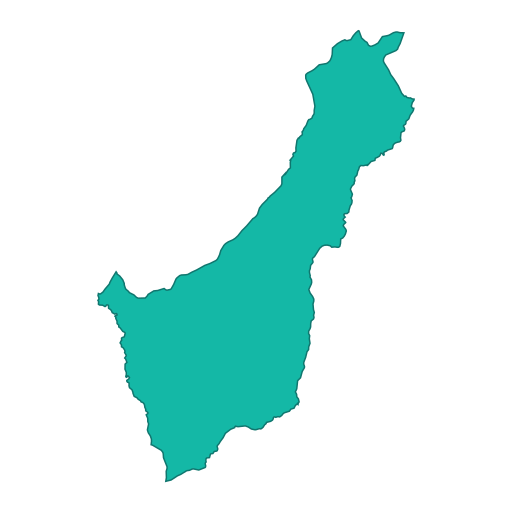 the district of Bochalema, Norte de Santander, Colombia
{"feature_id": "7082276B10229211871917", "entity_name": "Bochalema", "entity_type": "district", "adm_level": 2, "iso_a3": "COL", "parent_name": "Colombia", "parent_adm1": "Norte de Santander", "projection": "mercator", "projection_center": [-72.657, 7.644], "detail": "fine", "context": "isolated", "style": "filled", "palette": "teal", "viewbox_px": 512, "rotation_deg": 0, "n_neighbors": 0, "source": "geoboundaries", "source_scale": "gbopen_adm2", "svg_char_len": 6059}
<svg xmlns="http://www.w3.org/2000/svg" viewBox="0 0 512 512"><path d="M98.4,293.5L98.0,295.5L98.8,297.7L98.9,299.2L97.9,300.3L98.6,301.7L98.4,304.2L99.4,305.0L102.7,305.2L104.8,306.5L105.6,306.4L106.4,305.1L107.0,304.8L108.4,305.3L108.6,308.3L110.6,309.6L111.5,310.8L112.2,312.6L114.8,314.1L116.2,313.5L117.0,314.1L117.0,315.1L115.1,315.9L114.9,316.2L115.9,317.3L115.8,318.5L117.0,321.0L117.1,323.6L118.7,325.1L118.8,327.0L120.0,327.7L122.8,331.4L124.6,332.3L125.2,333.1L124.3,336.8L122.1,337.6L121.5,338.2L121.6,340.5L121.2,340.7L120.1,342.9L121.4,344.7L121.5,346.8L123.1,347.7L124.6,350.0L125.0,351.3L124.6,352.6L126.2,355.2L126.0,356.2L124.7,358.0L125.7,359.1L126.9,362.4L125.1,364.1L125.0,369.2L126.3,372.3L126.3,374.5L125.8,376.4L125.9,376.9L126.6,377.3L127.0,377.0L127.5,375.9L128.0,375.9L129.5,377.6L128.7,379.0L126.8,380.4L126.8,381.1L127.4,382.1L128.8,382.7L129.1,383.6L129.0,385.8L129.5,387.7L132.0,389.8L132.9,392.3L133.0,393.3L134.2,396.4L136.9,397.7L138.2,399.3L140.5,400.7L141.1,401.9L142.8,402.5L143.9,403.6L144.5,405.0L144.9,407.5L145.8,409.2L145.6,409.9L145.9,411.0L147.5,412.1L147.9,412.7L147.8,413.6L146.2,414.8L147.7,418.2L147.8,421.6L148.6,423.9L147.4,429.9L148.3,432.8L150.3,435.8L151.4,439.0L151.5,441.3L151.1,444.7L152.6,445.2L161.3,450.3L162.8,452.3L163.2,453.6L163.5,457.7L167.1,466.8L167.0,468.6L166.2,471.3L166.4,477.7L165.8,481.3L171.1,480.0L177.5,475.8L180.7,474.4L186.7,470.7L189.5,470.3L192.1,469.1L193.4,468.9L198.8,470.0L205.1,467.5L205.5,467.0L205.7,465.9L205.2,463.7L205.4,462.8L206.1,462.0L205.8,460.0L206.2,458.4L207.0,457.9L209.5,457.6L210.4,454.2L211.0,453.8L212.9,453.5L214.3,451.4L216.2,451.2L217.2,450.7L217.8,449.0L217.1,446.3L217.3,445.7L219.0,443.7L220.3,441.5L223.1,437.7L225.4,433.3L230.6,429.3L234.7,427.6L234.9,426.7L235.4,426.2L238.0,426.7L245.3,425.9L248.3,427.0L251.3,429.0L254.6,429.7L255.9,429.7L259.3,428.7L260.7,428.9L261.5,428.6L263.1,427.2L264.6,424.8L266.0,423.7L266.5,422.4L270.7,421.3L272.5,420.1L273.2,418.8L273.4,417.6L273.9,417.1L274.6,416.9L275.7,417.3L277.9,416.6L279.7,416.9L281.7,415.5L283.0,413.8L284.3,412.8L289.4,411.2L290.9,409.1L294.0,408.2L295.3,405.6L296.2,404.7L297.1,404.2L297.4,403.6L298.0,404.4L298.3,403.1L299.1,401.9L298.4,398.9L296.8,396.8L296.6,394.3L295.4,391.9L295.5,391.5L296.5,389.5L296.8,388.5L297.6,380.7L300.5,377.8L302.2,371.5L304.4,367.7L304.5,366.4L303.7,364.1L303.8,362.2L305.6,357.5L307.0,351.7L308.6,349.6L308.7,346.9L310.0,343.3L309.3,338.7L309.7,335.7L308.6,333.5L308.7,331.1L310.0,328.8L310.6,327.0L310.7,323.5L311.2,320.9L313.5,319.0L314.0,317.5L313.6,315.2L314.3,312.5L313.5,309.7L313.0,304.0L313.8,301.1L313.8,299.1L312.6,296.5L310.1,293.0L308.8,289.5L311.3,284.0L311.7,282.3L311.5,279.8L310.0,277.1L310.2,275.5L309.5,272.8L309.4,270.9L310.2,268.8L310.6,265.4L312.9,262.5L313.0,261.8L312.4,259.3L312.5,258.6L313.0,257.8L314.4,256.7L319.7,248.3L322.2,246.1L324.6,245.2L327.3,245.1L330.3,245.8L331.7,247.2L334.9,246.9L337.5,247.3L338.7,247.2L339.8,246.3L340.5,243.4L340.7,239.0L342.7,238.0L344.3,236.1L345.4,234.0L346.3,231.0L345.9,229.5L343.2,225.8L343.8,224.4L345.7,222.6L345.5,222.1L343.1,219.7L343.6,218.5L345.2,217.1L344.1,215.9L343.9,214.4L344.7,213.7L347.1,213.5L348.8,212.0L349.0,210.0L350.3,205.7L351.4,204.2L351.9,202.7L352.1,200.6L351.0,197.8L351.7,196.8L352.4,194.2L350.5,189.7L350.5,188.8L351.8,186.2L353.8,184.2L354.2,183.4L354.2,182.1L354.9,180.8L354.6,178.7L354.8,177.4L356.9,175.1L357.8,171.0L358.6,169.6L359.4,166.8L360.8,165.5L363.5,165.7L365.4,165.2L366.5,165.2L367.1,164.8L367.3,165.4L367.8,165.1L371.1,161.5L374.9,160.4L375.3,158.2L376.9,157.6L379.2,156.3L380.0,155.4L380.9,153.2L382.2,153.4L383.2,154.9L383.8,155.2L384.1,154.7L383.8,152.7L384.4,151.9L386.6,151.0L387.3,150.2L392.2,148.6L392.6,147.8L393.2,145.0L394.4,143.6L395.5,142.9L397.9,142.1L399.0,142.0L400.3,141.3L400.9,140.2L400.5,137.9L401.0,132.7L401.7,132.0L404.2,130.9L404.7,129.7L404.5,128.3L403.4,126.0L403.8,125.3L405.5,124.2L405.9,123.2L406.0,121.3L408.8,118.9L410.1,115.3L412.7,111.7L413.5,109.9L413.8,108.3L412.5,108.2L411.3,106.3L412.3,102.6L414.0,100.1L414.1,99.1L412.2,98.9L410.5,97.9L409.1,98.0L406.8,97.4L405.8,96.0L404.5,96.4L401.7,93.3L398.3,85.8L393.8,78.8L390.7,74.6L388.6,69.9L384.1,62.8L383.4,61.1L383.6,58.7L384.5,56.8L385.9,54.9L395.9,50.6L397.6,49.1L398.2,47.2L400.1,43.6L403.9,32.8L400.1,32.7L397.2,32.0L396.0,32.0L393.4,32.7L389.2,35.1L387.2,35.7L382.4,36.6L378.1,43.0L374.9,44.9L371.9,46.1L370.5,46.3L368.5,45.3L367.0,42.4L365.2,41.3L361.6,38.0L359.0,30.9L358.3,30.7L355.8,32.8L353.3,35.7L350.8,39.7L347.2,40.6L346.0,40.5L344.9,39.8L341.9,41.0L337.4,43.7L332.5,48.0L332.2,54.5L331.4,57.6L330.1,60.5L329.3,61.4L327.5,63.0L326.1,63.6L319.2,64.8L314.4,69.2L312.1,70.7L307.6,73.0L306.0,74.4L305.7,75.3L305.8,78.4L306.7,80.9L312.8,94.2L314.9,106.2L314.2,110.3L314.2,112.9L313.9,114.2L312.5,116.3L312.0,118.0L310.1,119.3L308.8,119.6L307.9,120.9L306.2,125.4L303.8,128.6L303.3,130.3L302.0,132.0L302.3,132.5L302.3,134.7L299.8,136.8L298.9,138.4L298.5,138.3L298.7,137.5L297.0,140.2L295.9,147.8L296.0,151.2L294.9,152.7L293.9,152.8L293.4,153.2L292.9,154.4L293.5,156.1L290.1,160.1L290.7,160.3L290.3,162.5L290.4,167.9L288.6,169.3L285.7,173.8L285.4,174.1L285.4,173.2L281.9,177.1L281.9,183.7L281.1,185.7L274.7,192.3L270.0,196.2L269.4,197.2L268.2,197.8L267.4,199.3L262.2,204.5L259.5,208.1L257.5,214.3L256.2,216.1L254.6,217.6L252.8,218.7L246.7,225.9L242.0,230.6L238.0,235.7L235.3,238.2L232.9,239.8L228.2,241.9L225.5,243.7L223.9,245.4L220.8,250.5L219.6,254.7L218.5,257.1L217.3,259.3L216.0,260.5L210.0,263.5L204.8,265.4L196.6,270.0L191.8,272.2L187.9,274.4L185.7,274.8L181.4,275.0L179.7,275.6L177.0,277.8L176.0,279.0L173.7,284.4L171.3,288.7L170.5,289.4L166.9,290.2L165.6,289.7L164.1,288.5L157.7,290.5L153.8,290.9L148.1,294.4L147.4,295.7L145.3,298.0L138.3,298.2L136.5,297.4L133.9,294.9L129.3,292.6L128.6,291.5L125.9,289.2L125.3,288.1L124.3,285.0L124.2,283.3L122.7,279.7L119.7,276.0L117.0,274.0L117.0,273.1L116.1,271.8L112.4,277.8L110.0,282.2L109.3,284.1L105.1,289.0L103.0,292.0L100.7,293.8L99.6,294.0L98.4,293.5Z" fill="#14b8a6" stroke="#0f766e" stroke-width="1.5"/></svg>